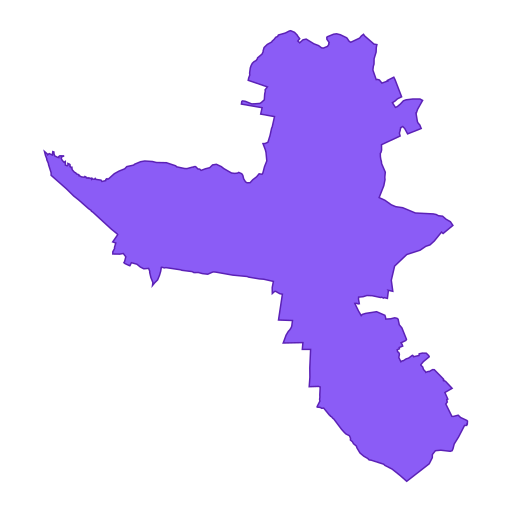 the district of Bogdand, Satu Mare, Romania
{"feature_id": "2599482B86952368934963", "entity_name": "Bogdand", "entity_type": "district", "adm_level": 2, "iso_a3": "ROU", "parent_name": "Romania", "parent_adm1": "Satu Mare", "projection": "orthographic", "projection_center": [22.927, 47.421], "detail": "fine", "context": "isolated", "style": "filled", "palette": "violet", "viewbox_px": 512, "rotation_deg": 0, "n_neighbors": 0, "source": "geoboundaries", "source_scale": "gbopen_adm2", "svg_char_len": 5975}
<svg xmlns="http://www.w3.org/2000/svg" viewBox="0 0 512 512"><path d="M458.6,436.9L464.5,425.5L466.7,425.4L466.8,424.1L467.3,424.1L467.5,421.1L466.8,420.4L460.6,417.5L458.2,415.2L453.5,416.4L451.9,416.4L445.8,404.0L447.3,402.0L446.8,400.8L447.0,400.5L446.8,399.5L447.8,399.1L444.9,392.5L452.1,388.3L445.7,381.5L444.6,380.8L443.5,380.7L443.3,379.9L443.7,379.4L443.3,378.9L434.3,369.7L432.6,369.6L429.1,371.6L428.3,371.4L425.8,372.4L425.6,371.8L423.5,369.5L422.7,367.0L420.9,365.2L420.8,364.8L421.3,364.1L423.4,361.6L429.1,356.9L429.2,356.5L428.6,355.5L426.3,353.2L422.4,353.1L419.2,353.8L419.0,355.5L413.6,356.7L412.9,355.5L412.4,355.3L408.6,358.1L406.1,358.9L403.4,360.7L402.1,360.9L400.9,361.8L398.8,357.5L399.4,354.4L399.2,353.4L398.6,352.3L397.6,351.8L397.2,349.7L399.4,348.8L399.2,347.5L402.7,346.1L402.1,344.4L401.0,342.8L405.8,340.5L406.5,339.4L401.9,327.9L399.3,324.8L398.1,319.2L397.0,318.3L394.7,317.8L390.6,318.8L385.8,319.1L385.5,317.2L384.9,315.3L376.6,311.7L365.6,313.4L362.3,314.4L361.2,315.6L358.5,311.0L354.8,303.4L356.5,303.3L358.2,303.9L359.3,303.7L358.5,299.2L358.6,297.1L363.1,296.7L366.9,295.5L372.2,295.7L380.6,297.5L381.6,297.2L383.6,298.1L384.2,297.6L387.4,298.4L388.4,290.6L388.2,290.3L392.8,291.3L391.3,280.2L394.6,266.1L406.8,254.5L420.1,250.2L425.8,246.3L430.0,244.9L434.3,241.0L441.5,232.1L443.1,233.5L452.9,225.4L450.4,221.7L446.0,219.2L442.6,216.2L438.4,215.7L436.2,214.5L433.2,213.9L415.4,213.0L402.7,207.7L395.8,206.7L391.3,204.8L384.8,200.2L379.1,197.6L383.8,185.7L385.0,179.7L384.8,177.2L385.3,172.2L381.6,163.6L381.4,161.5L380.8,159.4L380.4,156.7L380.3,153.4L381.0,152.3L381.6,150.0L381.5,144.7L400.1,136.0L399.4,133.1L400.3,129.9L400.2,129.3L400.7,128.3L400.6,127.7L402.7,126.5L404.7,128.5L407.6,133.9L421.2,128.5L419.8,125.0L418.0,122.9L417.4,121.6L416.0,113.1L416.3,113.1L417.6,109.3L422.6,100.4L420.0,99.0L412.9,99.0L406.1,99.8L403.4,100.8L400.3,104.1L397.0,106.8L395.4,107.4L392.4,102.7L395.1,101.0L397.5,98.8L401.6,96.8L395.1,79.8L393.8,77.2L387.4,80.4L387.8,81.0L381.9,83.1L379.4,80.0L377.4,79.4L376.2,79.6L372.9,70.1L373.3,66.4L374.0,64.1L374.1,58.7L376.1,52.1L376.3,47.4L376.9,44.6L374.0,44.1L364.6,35.9L363.5,34.3L361.4,35.9L359.6,38.1L350.7,42.3L348.9,41.0L347.1,38.2L346.3,37.6L340.3,34.7L336.6,33.8L333.6,34.2L327.2,36.8L326.8,37.4L326.9,39.3L329.2,42.6L328.8,43.2L328.8,44.4L327.5,46.4L323.3,48.1L321.5,47.8L318.6,45.6L313.9,43.8L306.2,39.1L303.0,39.8L299.7,42.8L297.8,41.0L299.7,38.7L297.4,35.7L297.4,35.3L294.5,32.3L290.7,30.7L289.3,31.0L285.4,33.0L278.4,35.0L277.6,36.5L275.7,37.3L274.1,39.4L272.1,41.2L271.7,42.0L267.3,44.4L264.1,47.5L263.1,50.9L263.2,51.6L262.0,54.1L257.6,57.8L257.2,59.1L256.0,60.6L254.1,61.6L252.3,63.3L251.2,65.4L250.3,67.9L249.6,73.1L249.8,75.0L248.7,77.9L248.2,80.3L267.4,86.9L265.1,89.8L265.3,91.2L264.7,93.9L264.3,99.8L261.2,102.6L259.9,103.4L254.6,103.8L251.7,103.9L245.3,101.3L242.5,100.9L241.8,101.4L241.4,104.1L262.1,107.7L260.7,114.1L274.5,116.6L272.2,127.0L271.6,128.2L270.0,135.6L267.9,142.3L265.1,143.5L263.0,143.6L265.3,149.7L266.0,152.4L266.8,160.9L264.5,166.7L262.9,172.9L262.0,174.3L259.1,173.8L256.6,176.8L252.7,179.8L250.1,182.7L247.0,182.8L245.5,181.8L243.7,178.9L242.8,175.3L241.7,173.7L238.7,172.4L237.6,173.1L234.7,173.4L231.5,173.0L224.0,168.7L221.3,166.6L216.4,164.3L212.6,164.9L209.7,167.7L205.3,168.8L201.1,170.4L199.7,169.1L198.0,169.0L195.6,166.6L194.1,166.6L193.2,167.2L192.4,167.1L187.0,168.6L184.5,168.5L176.6,166.8L175.7,165.8L166.4,162.7L156.3,162.5L152.5,161.5L144.7,161.0L140.6,161.7L134.6,164.2L133.6,165.1L126.8,166.6L124.7,168.8L119.0,171.1L114.3,173.7L108.5,178.9L107.3,179.1L107.0,178.7L106.4,178.9L105.8,179.6L105.7,180.6L101.9,181.5L101.0,180.1L96.0,179.4L95.2,178.4L94.6,179.2L92.7,179.1L92.1,178.4L91.6,179.2L91.2,178.2L90.1,178.4L89.1,177.9L88.6,178.2L88.0,177.7L87.2,178.2L86.3,177.8L86.1,177.1L84.9,176.5L84.6,177.1L83.9,177.2L81.6,176.9L79.9,176.1L79.4,175.3L78.9,175.6L78.3,174.5L76.5,173.9L75.7,172.8L74.5,172.3L72.5,170.1L72.1,169.4L71.9,167.3L71.1,167.5L70.4,166.4L70.0,167.2L70.0,164.6L69.4,164.1L67.9,163.5L68.1,164.9L67.1,165.8L65.4,165.1L65.3,161.4L65.1,161.5L65.2,162.1L64.6,162.5L63.8,162.1L62.1,160.1L61.3,158.5L61.4,157.1L64.1,155.9L59.8,155.8L58.8,156.5L58.9,157.6L58.0,157.5L54.7,155.9L53.8,152.9L54.0,152.1L53.7,151.9L52.8,151.6L52.5,153.8L52.7,154.9L52.5,155.1L49.2,153.6L47.7,154.8L47.3,154.0L44.5,151.5L45.4,155.2L46.8,158.9L46.8,159.8L48.3,163.2L48.6,164.9L51.1,172.7L51.1,175.3L66.4,188.8L73.7,196.0L78.4,199.7L88.6,208.7L91.1,210.4L91.4,211.2L92.7,212.0L111.4,229.2L117.2,233.9L117.7,234.7L112.7,241.9L115.8,243.0L114.5,247.3L114.6,248.4L112.8,251.8L112.8,254.0L119.8,254.1L123.3,253.5L125.8,256.8L124.6,261.5L123.9,262.7L125.2,263.7L129.6,265.7L129.9,265.7L131.4,262.7L136.9,264.2L140.3,267.0L143.8,268.8L148.6,268.4L149.7,271.1L149.7,272.5L150.9,277.6L152.9,282.6L152.5,285.5L154.6,282.9L157.6,279.9L159.5,275.3L160.7,271.2L161.3,267.4L161.8,267.2L164.3,267.9L165.9,267.6L180.6,269.8L181.9,270.3L192.2,271.6L193.9,272.6L198.4,272.5L202.4,273.6L207.8,274.2L212.3,272.2L213.5,271.9L215.8,272.1L232.6,275.1L247.2,276.5L248.6,277.1L259.4,278.9L263.6,279.2L273.4,281.4L272.2,287.6L272.3,293.5L274.5,291.5L275.6,291.3L279.8,293.7L282.4,294.2L278.5,320.0L292.5,320.5L291.8,325.8L291.4,327.2L289.9,329.7L288.3,331.4L286.1,335.1L283.2,343.0L302.9,342.6L302.3,349.4L310.6,349.4L309.8,368.0L309.9,377.2L309.2,386.7L318.6,386.4L320.2,387.0L319.8,395.0L319.9,397.1L319.6,399.3L319.9,401.1L317.1,406.6L317.2,407.1L320.2,407.4L321.7,408.3L323.7,408.1L329.4,415.1L330.2,415.5L330.4,416.2L331.6,416.8L332.7,418.2L333.8,419.0L341.6,429.4L344.4,432.5L346.0,434.0L349.4,435.7L350.5,438.2L350.4,440.0L352.4,441.7L353.5,443.7L356.4,446.1L356.9,447.8L360.0,453.0L363.8,456.2L367.8,458.5L369.1,459.9L371.2,460.2L383.7,464.2L384.9,465.4L392.1,469.1L400.0,475.4L406.7,481.3L429.2,463.8L432.3,457.7L432.4,454.5L435.4,450.7L440.7,450.2L450.3,451.3L452.1,450.7L453.0,448.7L454.2,444.0L458.6,436.9Z" fill="#8b5cf6" stroke="#5b21b6" stroke-width="1.5"/></svg>